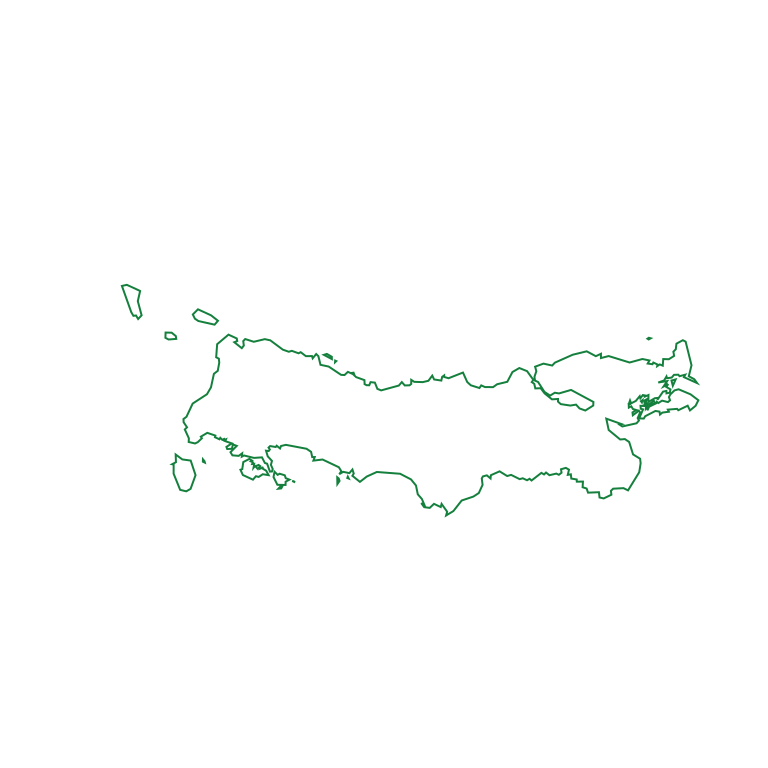 Rote Ndao, Nusa Tenggara Timur, Indonesia, rotated 33°
{"feature_id": "22746128B61006797400672", "entity_name": "Rote Ndao", "entity_type": "district", "adm_level": 2, "iso_a3": "IDN", "parent_name": "Indonesia", "parent_adm1": "Nusa Tenggara Timur", "projection": "mercator", "projection_center": [123.168, -10.719], "detail": "fine", "context": "isolated", "style": "outline", "palette": "green", "viewbox_px": 768, "rotation_deg": 33, "n_neighbors": 0, "source": "geoboundaries", "source_scale": "gbopen_adm2", "svg_char_len": 6187}
<svg xmlns="http://www.w3.org/2000/svg" viewBox="0 0 768 768"><g transform="rotate(33 384 384)"><path d="M613.9,184.2L610.8,184.5L607.3,190.9L609.8,196.0L609.1,199.3L612.0,202.4L609.4,208.1L604.6,211.0L607.8,216.8L604.6,217.4L603.4,220.2L602.8,218.7L598.2,219.3L598.4,221.2L594.0,223.2L593.8,219.7L587.1,222.3L578.3,232.2L557.2,238.2L551.8,244.1L549.5,240.5L546.5,245.3L536.2,246.2L526.3,256.7L515.7,273.0L515.0,276.9L506.6,280.1L501.3,287.2L504.8,290.3L506.3,296.1L508.8,298.9L512.1,298.4L522.8,303.2L529.6,303.3L532.0,298.3L535.9,296.6L544.1,287.1L569.4,285.0L571.2,288.1L567.3,296.6L561.3,298.0L556.3,296.7L552.0,300.6L543.2,304.6L539.5,304.0L538.1,301.8L533.2,305.4L523.8,304.4L517.7,302.2L513.3,305.3L509.9,302.0L506.9,301.9L507.0,299.2L497.0,295.3L488.8,296.9L485.2,304.0L486.2,315.0L479.0,322.6L477.2,327.2L470.3,331.6L466.3,332.2L466.2,335.4L457.5,337.8L452.7,337.0L444.0,331.4L435.0,344.0L430.7,345.3L429.8,344.0L428.9,346.4L430.2,349.9L423.6,352.9L419.9,350.7L419.5,357.1L415.5,361.3L408.2,365.7L404.6,365.7L406.8,369.1L406.1,371.2L402.2,373.9L397.9,372.7L397.3,377.2L385.1,390.9L381.1,391.7L375.6,387.8L371.7,389.8L372.3,393.1L370.0,394.5L367.8,394.7L365.5,391.4L356.9,393.4L352.5,392.6L347.1,393.5L346.0,398.0L343.0,399.7L328.1,399.5L320.3,402.5L313.8,396.4L310.8,395.8L310.2,401.3L308.4,399.8L303.3,403.2L296.8,402.7L295.6,404.8L288.6,406.4L286.6,408.8L280.4,410.3L264.9,409.3L259.6,411.3L251.8,419.5L243.1,421.9L242.6,424.7L245.5,428.1L245.2,431.4L235.7,430.5L237.5,427.9L235.7,426.0L226.7,427.3L222.4,441.5L228.7,453.0L231.7,452.7L234.2,455.8L237.4,463.5L235.8,468.1L240.7,481.0L241.1,489.0L234.2,504.6L236.2,519.1L234.9,522.6L236.8,525.2L242.4,527.6L241.7,530.6L249.9,535.8L251.8,539.0L257.9,536.8L259.5,534.2L260.8,528.7L259.1,527.9L262.4,521.2L270.7,519.1L271.2,520.7L276.1,520.0L276.0,518.3L278.8,518.9L280.3,516.3L279.8,519.3L281.6,516.5L282.0,518.4L288.7,516.7L286.1,522.6L287.9,523.9L291.7,521.2L290.2,517.0L294.2,516.1L292.4,524.8L295.7,526.4L301.3,523.4L302.8,519.4L304.3,522.4L305.5,520.2L315.2,516.8L321.6,512.0L327.1,515.1L329.4,514.5L336.0,519.6L337.7,518.4L337.0,515.9L333.2,513.4L331.9,509.5L325.9,508.0L321.4,504.2L323.8,503.0L323.9,501.1L321.8,500.2L322.3,498.1L327.5,495.8L327.6,494.2L331.9,494.7L331.4,492.1L334.8,488.5L354.3,480.5L359.8,480.6L363.6,484.4L365.7,483.0L366.5,486.7L373.6,480.8L391.5,478.4L395.7,480.4L395.6,484.0L397.6,479.9L403.5,477.6L404.1,472.9L407.4,475.6L407.5,478.2L417.1,479.2L420.0,470.9L425.9,461.7L446.4,450.5L458.6,449.3L466.1,451.7L472.4,458.1L478.4,459.8L484.3,463.8L480.1,463.6L484.8,465.4L489.8,463.0L491.2,457.3L498.6,456.3L497.6,453.2L506.5,456.7L507.7,460.4L511.4,452.8L512.6,439.4L520.3,429.7L522.9,423.8L521.6,414.9L517.4,409.9L517.3,407.6L520.0,404.6L524.8,405.2L523.3,402.3L528.5,394.3L537.4,394.1L540.1,391.0L549.6,389.9L551.7,387.5L556.4,386.8L557.7,384.2L560.3,384.6L564.4,372.8L567.5,372.7L568.1,370.0L572.4,370.4L577.3,365.3L580.1,364.9L581.2,361.7L578.9,359.1L582.2,355.3L585.8,355.1L587.6,360.1L589.9,358.0L592.6,361.3L597.6,359.1L598.9,360.9L604.0,357.5L606.8,362.4L610.9,361.3L614.3,364.0L623.2,357.7L626.6,361.8L630.6,360.3L635.0,353.0L632.5,350.0L633.2,347.0L641.6,340.9L646.6,340.3L646.1,319.0L642.4,310.7L639.5,307.2L631.2,307.4L621.2,299.1L616.0,299.0L612.3,301.9L597.5,300.2L589.3,292.0L605.3,288.2L603.8,289.8L607.0,289.8L617.2,279.4L617.7,275.8L615.3,274.4L614.3,268.3L612.3,267.6L609.7,274.7L607.9,272.5L609.8,268.4L606.4,269.4L603.5,268.0L602.2,270.4L600.1,267.5L602.1,266.2L600.1,266.9L599.3,263.8L601.8,265.6L604.4,261.1L605.1,254.9L606.8,256.4L607.1,252.3L609.5,251.3L609.1,253.4L611.8,249.2L615.5,255.1L618.9,248.4L621.4,246.4L621.9,248.4L622.2,238.4L624.6,236.0L626.0,238.0L628.4,235.6L627.2,232.5L622.4,232.7L622.4,229.2L621.9,230.8L620.7,229.7L621.0,231.9L619.8,233.9L619.9,227.3L613.2,233.4L617.0,228.4L616.8,223.8L618.2,225.0L621.8,221.9L622.2,218.4L625.8,215.9L627.6,216.5L631.6,212.1L631.8,214.9L646.1,212.7L641.6,211.0L635.4,211.5L631.7,200.8L613.9,184.2ZM646.7,225.7L633.9,228.0L631.1,231.2L629.8,236.8L630.1,239.8L632.8,241.9L632.0,244.5L626.3,246.5L624.4,250.6L622.5,250.3L622.8,251.9L618.7,258.7L619.3,262.6L617.2,259.1L617.0,261.9L615.8,259.8L611.0,262.6L612.8,264.9L615.1,264.2L616.7,273.9L620.7,271.5L620.6,268.8L626.3,258.8L630.1,257.1L632.1,259.3L633.0,256.4L638.0,252.1L636.0,250.9L643.4,245.2L645.1,245.7L650.5,236.8L655.0,239.5L657.2,232.6L656.5,226.4L646.7,225.7ZM275.6,563.1L263.6,553.5L255.9,557.1L247.7,556.6L252.1,562.9L250.0,566.7L251.5,566.2L256.4,573.8L270.7,583.8L276.6,581.7L278.9,577.3L275.6,563.1ZM132.4,448.6L128.8,438.8L114.3,440.9L110.8,444.5L132.9,461.4L136.7,463.3L138.7,461.6L142.4,463.4L143.3,458.4L132.4,448.6ZM327.3,521.1L328.2,519.4L325.9,523.0L324.4,523.5L325.0,520.3L322.9,520.2L321.4,522.4L322.6,523.5L320.5,523.0L320.2,525.3L318.6,521.6L317.0,522.9L316.7,521.1L314.4,521.4L315.0,520.1L311.9,520.1L308.5,526.1L311.5,532.6L310.3,534.1L315.2,537.2L326.2,535.6L326.8,531.1L329.5,530.2L331.5,525.7L336.9,523.3L332.4,520.9L327.3,521.1ZM201.6,420.6L187.3,422.7L185.8,429.8L189.8,432.2L194.0,432.3L209.6,426.5L210.3,421.4L201.6,420.6ZM350.5,514.6L345.3,516.1L344.3,518.1L340.0,517.2L342.0,522.2L349.5,526.6L356.4,522.3L354.7,519.5L356.8,515.7L352.9,516.5L350.5,514.6ZM178.0,456.6L172.8,459.8L175.5,464.3L179.1,464.0L185.2,459.3L183.3,457.2L178.0,456.6ZM326.7,391.5L325.4,389.6L319.7,389.9L317.7,392.3L326.7,391.5ZM399.5,489.5L397.5,487.9L395.6,487.7L399.4,493.3L399.5,489.5ZM627.2,228.2L626.1,221.3L623.2,224.5L627.2,228.2ZM621.5,252.2L619.0,250.9L618.6,256.4L620.0,255.5L621.5,252.2ZM612.9,258.1L613.4,256.2L612.6,253.8L611.2,256.4L612.9,258.1ZM352.4,529.4L354.7,527.5L354.5,525.6L353.0,526.2L352.4,529.4ZM276.6,547.5L275.5,546.5L273.2,545.8L274.4,547.8L276.6,547.5ZM616.7,257.0L615.1,257.0L614.1,259.1L616.1,258.6L616.7,257.0ZM582.8,200.4L580.9,201.0L580.3,202.5L581.7,202.5L582.8,200.4ZM608.9,258.5L610.3,259.0L609.5,256.8L608.9,258.5ZM354.2,392.5L352.3,391.1L350.9,392.3L354.2,392.5ZM331.5,390.8L330.3,391.0L331.1,392.4L331.5,390.8ZM404.4,482.8L405.9,482.5L404.1,481.4L404.4,482.8ZM617.0,257.0L618.2,255.1L618.1,254.8L617.0,257.0ZM363.0,515.0L361.3,514.7L359.8,515.4L361.1,515.1L363.0,515.0Z" fill="none" stroke="#15803d" stroke-width="2"/></g></svg>